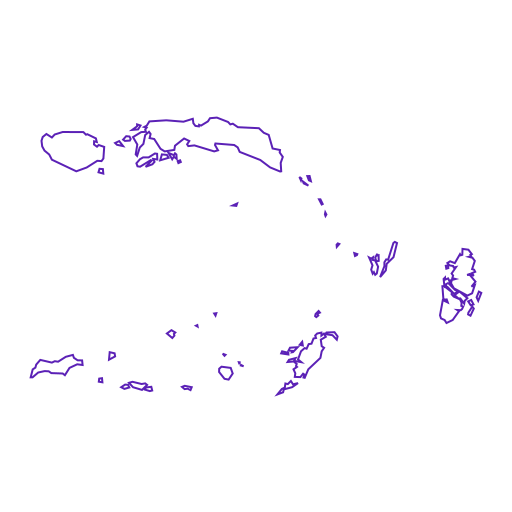 an SVG outline of Maluku
{"feature_id": "IDN-554", "entity_name": "Maluku", "entity_type": "Province", "adm_level": 1, "iso_a3": "IDN", "parent_name": "Indonesia", "parent_adm1": "", "projection": "mercator", "projection_center": [130.68, -5.566], "detail": "fine", "context": "isolated", "style": "outline", "palette": "violet", "viewbox_px": 512, "rotation_deg": 0, "n_neighbors": 0, "source": "natural_earth", "source_scale": "10m", "svg_char_len": 6127}
<svg xmlns="http://www.w3.org/2000/svg" viewBox="0 0 512 512"><path d="M282.8,156.9L280.7,162.9L281.2,171.3L280.1,171.5L270.1,167.4L260.3,160.0L239.7,151.9L237.7,147.4L234.2,145.0L215.4,143.5L215.0,145.0L218.0,150.3L214.2,151.4L194.4,145.4L188.3,146.1L187.1,144.3L189.3,141.0L184.1,138.5L175.0,145.7L174.3,149.9L164.7,151.4L160.5,148.8L154.2,139.0L149.6,138.1L150.6,134.0L149.0,131.8L145.2,135.0L143.4,143.9L139.8,147.5L137.1,155.9L135.7,154.4L137.3,144.5L133.0,137.1L141.2,132.1L145.9,131.8L145.2,129.6L146.6,127.7L144.2,127.0L146.7,125.7L149.4,121.4L166.3,120.3L183.5,121.7L192.8,118.8L193.4,123.3L195.4,125.9L198.9,126.4L199.1,124.8L201.0,125.6L207.9,121.4L210.0,118.2L216.9,117.6L228.1,122.0L230.3,124.4L232.8,123.7L237.9,127.2L258.9,128.2L263.8,132.8L268.7,134.9L272.6,148.5L280.0,150.0L279.7,152.5L282.8,156.9ZM104.2,146.9L103.4,158.5L101.5,161.1L97.3,160.8L86.7,167.5L76.3,171.3L51.9,159.7L49.2,154.5L44.5,150.6L42.2,146.4L41.5,140.8L42.7,137.0L46.4,134.0L51.9,137.5L54.7,134.5L62.7,132.0L83.4,132.1L86.0,134.7L87.3,134.2L95.9,138.4L96.8,142.0L94.1,141.3L94.0,144.5L97.0,146.7L98.7,145.0L104.2,146.9ZM474.8,285.1L472.1,293.3L467.4,295.6L453.9,288.3L451.0,283.2L451.8,280.0L455.5,279.0L452.3,278.1L453.1,275.6L451.6,273.5L456.1,267.0L453.7,267.5L453.1,266.0L449.6,265.4L447.4,263.0L450.1,261.3L454.8,263.1L460.0,254.1L460.7,255.3L462.3,254.8L462.5,248.9L468.4,249.7L471.8,254.1L470.4,254.8L471.1,256.2L468.8,256.8L472.5,257.8L474.8,260.9L472.1,269.1L474.1,269.7L475.2,271.8L471.8,273.2L473.8,275.8L469.7,274.0L467.1,274.9L469.9,275.0L475.5,281.7L471.5,286.6L474.8,285.1ZM325.8,336.8L320.8,339.7L321.7,346.2L324.1,347.8L321.7,351.3L320.4,357.9L308.3,369.3L304.7,377.8L303.5,377.5L304.4,374.6L303.1,373.7L300.4,377.1L294.8,376.9L295.3,373.3L293.5,369.3L297.0,366.9L296.0,366.0L296.7,363.9L294.7,362.3L295.9,361.2L301.4,362.2L298.0,359.4L301.0,351.3L304.6,348.1L306.6,348.7L308.7,344.1L311.5,343.7L313.5,338.5L316.0,338.0L315.2,335.5L317.2,333.5L321.4,332.6L321.4,335.6L323.9,333.6L325.8,336.8ZM82.1,360.4L82.6,365.0L77.2,364.3L69.5,367.9L64.9,375.2L62.7,373.5L51.3,373.1L48.7,371.3L44.6,371.1L38.2,372.5L32.6,377.3L30.7,377.3L32.7,369.4L35.4,367.6L36.2,364.6L40.3,359.9L51.9,362.6L54.8,361.2L58.1,361.7L65.8,356.8L72.9,354.9L73.9,357.8L77.6,360.3L82.1,360.4ZM461.3,305.9L463.2,306.5L462.1,309.0L460.7,310.2L457.2,310.0L459.0,311.2L452.7,320.0L446.5,323.0L444.6,320.0L441.0,318.4L440.0,315.3L442.8,300.1L447.8,302.5L446.7,299.4L444.1,299.7L443.3,298.1L442.4,286.2L444.1,286.1L451.9,292.1L451.6,294.3L453.7,296.6L460.0,299.4L461.6,302.7L461.3,305.9ZM157.1,153.8L157.3,159.5L153.2,158.9L154.5,161.9L152.4,164.3L145.6,166.8L151.7,160.6L150.8,160.1L140.1,166.7L137.5,166.3L136.4,163.3L140.0,159.2L143.1,157.4L148.6,157.4L154.9,153.5L157.1,153.8ZM230.7,367.9L232.7,373.5L228.6,379.6L224.5,378.8L219.1,372.0L219.2,368.7L221.5,366.7L230.7,367.9ZM397.0,243.0L393.5,257.2L386.7,263.8L385.8,270.4L380.1,277.1L384.4,266.2L384.4,262.3L386.2,259.4L388.1,259.7L393.4,243.0L394.8,241.9L397.0,243.0ZM378.1,266.7L376.8,273.5L375.2,274.8L373.9,272.1L372.7,273.7L371.2,269.6L372.5,265.3L369.1,257.5L371.2,258.6L373.0,257.3L372.6,259.9L375.1,260.4L378.1,266.7ZM455.0,289.9L458.3,291.2L454.1,293.8L447.4,286.9L445.4,287.0L446.6,283.9L444.3,285.1L443.6,279.0L445.0,277.6L445.0,279.7L448.1,278.4L449.3,280.9L450.8,280.3L448.9,283.7L455.0,289.9ZM145.2,383.4L147.1,384.9L142.0,389.9L133.0,387.2L129.0,382.8L132.5,381.8L141.6,384.0L145.2,383.4ZM467.4,298.2L464.7,300.8L464.2,303.6L460.3,298.4L458.5,298.5L454.5,295.1L459.4,291.5L467.4,298.2ZM293.0,384.3L298.0,383.1L292.1,387.2L283.8,389.4L283.1,392.3L277.4,394.4L281.9,388.9L284.8,387.6L285.4,383.5L287.8,384.1L290.9,381.0L293.0,384.3ZM337.6,336.4L336.8,339.7L332.5,335.2L325.3,334.1L326.5,332.5L334.5,332.2L337.6,336.4ZM173.9,333.9L174.4,335.6L172.3,338.0L166.9,333.5L171.4,330.2L175.3,332.5L173.9,333.9ZM166.9,154.9L168.6,157.8L160.2,160.3L161.9,154.4L166.9,154.9ZM114.6,353.3L115.1,356.4L109.0,359.7L109.7,352.2L114.6,353.3ZM176.4,154.5L176.7,158.9L173.8,156.7L172.2,159.3L168.5,152.9L174.0,155.2L175.0,153.3L176.4,154.5ZM191.7,387.2L190.5,390.1L187.7,388.7L184.6,389.1L182.0,386.9L184.7,385.8L191.7,387.2ZM297.7,347.2L293.0,352.1L291.9,352.3L292.6,350.9L288.5,350.6L290.0,347.7L297.7,347.2ZM472.3,306.6L473.8,308.6L470.5,315.7L468.1,314.4L468.4,312.6L472.3,306.6ZM129.5,136.5L130.7,139.0L129.8,140.6L124.9,140.9L123.1,139.6L126.2,136.2L129.5,136.5ZM151.3,386.8L152.2,390.5L149.8,391.1L144.9,389.6L145.9,387.5L151.3,386.8ZM102.9,169.1L103.3,173.6L98.5,172.3L99.5,168.8L102.9,169.1ZM478.9,291.6L481.3,292.9L478.2,300.8L476.6,297.3L478.9,291.6ZM137.1,124.4L140.5,125.5L138.1,129.4L132.2,129.9L137.1,126.3L137.1,124.4ZM119.2,141.1L123.1,146.1L117.0,144.8L115.1,143.0L119.2,141.1ZM128.0,384.8L129.3,387.5L124.4,388.9L121.2,387.2L125.1,384.6L128.0,384.8ZM471.2,300.0L473.5,304.4L470.7,305.3L468.2,301.4L471.2,300.0ZM289.0,359.8L295.6,358.1L293.6,361.5L287.6,362.0L289.0,359.8ZM378.6,255.2L378.7,260.9L376.3,261.3L375.2,257.6L377.3,253.8L377.3,255.5L378.6,255.2ZM102.0,378.2L102.4,382.3L98.8,381.7L99.2,378.6L102.0,378.2ZM288.3,352.8L288.4,354.5L281.2,353.4L282.1,351.3L288.3,352.8ZM309.6,176.0L310.9,181.2L308.9,180.3L307.3,176.1L309.6,176.0ZM318.6,311.0L319.9,312.6L317.2,313.7L318.3,315.5L316.3,317.1L315.1,316.1L315.6,314.0L318.6,311.0ZM447.9,265.3L448.3,268.1L446.3,268.7L445.8,265.8L447.9,265.3ZM180.1,160.3L180.8,162.0L178.4,163.1L177.7,161.2L180.1,160.3ZM303.0,181.5L308.4,185.6L303.7,183.4L303.0,181.5ZM319.0,199.3L320.4,199.3L322.7,204.0L321.7,204.5L319.0,199.3ZM302.2,341.8L302.8,345.5L299.7,344.8L302.2,341.8ZM337.8,243.4L339.3,244.0L336.8,246.9L336.6,244.7L337.8,243.4ZM354.3,253.1L357.3,254.1L356.9,255.1L355.0,256.0L354.3,253.1ZM232.7,205.5L237.1,203.5L236.3,205.9L232.7,205.5ZM215.5,315.6L214.2,313.5L216.3,313.2L215.5,315.6ZM299.4,177.0L301.4,178.5L300.9,180.3L299.4,177.0ZM325.3,212.4L326.4,214.5L325.5,216.0L324.9,214.3L325.3,212.4ZM224.5,355.8L222.7,353.7L225.5,354.8L224.5,355.8ZM239.7,362.3L239.5,364.3L238.8,362.2L239.7,362.3ZM197.6,326.6L196.0,325.7L197.3,325.1L197.6,326.6ZM241.2,365.0L243.6,366.3L240.9,365.5L241.2,365.0Z" fill="none" stroke="#5b21b6" stroke-width="2"/></svg>